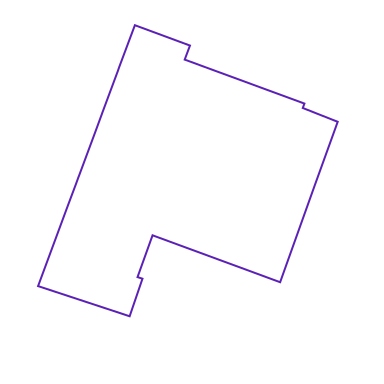 outline of Polk, Arkansas, United States of America, rotated 19°
{"feature_id": "52423323B90433618963574", "entity_name": "Polk", "entity_type": "district", "adm_level": 2, "iso_a3": "USA", "parent_name": "United States of America", "parent_adm1": "Arkansas", "projection": "mercator", "projection_center": [-94.282, 34.459], "detail": "fine", "context": "isolated", "style": "outline", "palette": "violet", "viewbox_px": 384, "rotation_deg": 19, "n_neighbors": 0, "source": "geoboundaries", "source_scale": "gbopen_adm2", "svg_char_len": 454}
<svg xmlns="http://www.w3.org/2000/svg" viewBox="0 0 384 384"><g transform="rotate(19 192 192)"><path d="M306.8,85.7L306.9,78.2L269.4,76.5L269.5,71.8L142.0,69.2L142.4,54.2L83.7,52.9L83.2,71.2L82.5,97.4L82.5,101.5L81.4,146.5L81.4,147.9L81.0,167.4L79.9,212.8L79.8,215.4L79.7,221.5L79.1,243.7L79.0,247.6L77.1,331.1L173.5,329.8L173.4,290.1L168.2,290.2L168.8,245.8L304.7,248.6L305.9,145.0L306.8,85.7Z" fill="none" stroke="#5b21b6" stroke-width="2"/></g></svg>